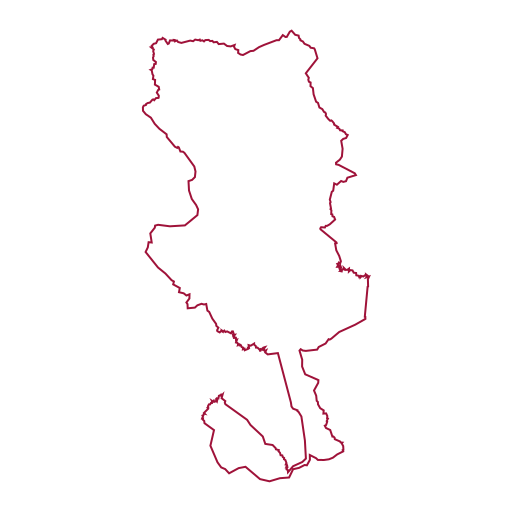 the district of Na Wang, Nong Bua Lam Phu, Thailand
{"feature_id": "78962969B46616505195468", "entity_name": "Na Wang", "entity_type": "district", "adm_level": 2, "iso_a3": "THA", "parent_name": "Thailand", "parent_adm1": "Nong Bua Lam Phu", "projection": "albers", "projection_center": [102.064, 17.314], "detail": "fine", "context": "isolated", "style": "outline", "palette": "rose", "viewbox_px": 512, "rotation_deg": 0, "n_neighbors": 0, "source": "geoboundaries", "source_scale": "gbopen_adm2", "svg_char_len": 6021}
<svg xmlns="http://www.w3.org/2000/svg" viewBox="0 0 512 512"><path d="M229.1,473.3L238.7,468.1L245.5,466.8L260.0,479.1L269.5,481.3L279.9,478.2L289.1,477.5L293.1,469.2L299.0,467.9L304.6,465.0L306.9,465.3L309.9,459.8L309.8,455.0L316.1,458.2L317.8,459.9L323.9,460.0L328.9,459.3L332.9,457.7L337.2,454.4L343.2,451.4L342.7,450.1L343.4,449.8L343.2,446.1L341.7,443.3L342.3,442.6L340.6,442.4L340.1,441.5L334.8,439.2L334.6,437.7L333.4,436.5L332.4,436.6L330.2,430.0L326.0,428.0L324.8,425.7L326.1,425.0L327.2,421.7L326.7,421.1L327.9,418.6L327.1,418.3L327.3,416.0L326.1,413.4L323.4,413.6L323.7,410.4L320.2,408.2L318.0,404.3L317.9,402.0L316.7,400.8L316.2,395.7L314.0,390.5L318.2,382.9L318.4,380.1L305.2,374.3L302.1,366.5L302.2,359.7L299.5,350.6L300.7,349.2L302.7,350.5L305.8,350.9L317.2,349.6L318.7,347.0L325.6,343.5L328.6,339.2L329.7,339.6L331.4,338.6L339.2,332.0L355.2,324.7L365.4,318.9L365.3,316.8L364.8,316.7L367.6,286.8L368.1,286.5L367.9,279.2L369.1,276.5L366.6,277.3L367.8,275.8L366.0,274.4L366.1,275.9L365.1,275.2L363.3,276.5L361.7,276.0L360.3,277.5L360.1,276.3L359.2,277.0L358.8,275.8L356.3,275.3L356.1,273.0L353.7,272.7L352.5,270.4L350.4,270.1L348.9,271.5L349.0,268.6L347.2,269.9L345.8,269.8L343.9,267.9L344.2,269.5L343.1,269.0L342.0,269.9L341.7,271.4L340.4,271.1L341.5,270.4L341.0,269.2L339.8,269.4L339.4,268.2L341.0,267.4L340.1,265.0L339.2,265.5L339.4,266.7L337.2,266.8L338.1,265.2L337.4,264.0L338.2,263.9L338.8,262.5L340.2,263.2L340.9,261.3L339.2,255.9L336.3,250.3L335.1,243.5L336.6,243.2L336.5,242.5L320.5,229.3L320.3,228.4L321.1,227.2L324.9,227.5L325.7,225.9L327.0,225.9L329.8,224.3L335.1,219.5L334.1,216.9L332.5,216.3L332.3,214.4L331.2,214.1L331.4,210.3L330.5,209.1L331.0,208.5L330.0,203.1L330.6,202.1L329.8,199.7L331.8,191.8L333.2,190.7L334.2,183.4L336.9,184.7L341.1,181.0L343.3,181.9L346.0,181.2L347.4,177.7L355.9,175.1L354.8,173.3L338.7,164.9L336.1,164.3L336.0,162.7L339.8,159.7L341.9,156.6L342.6,148.8L341.2,140.8L343.2,138.9L346.1,138.0L347.7,135.0L345.9,134.2L344.8,132.2L342.6,131.2L342.6,130.4L340.1,130.3L339.3,128.7L337.2,127.9L337.9,126.9L334.1,124.6L334.1,123.5L332.2,121.1L331.3,120.4L330.2,120.8L328.4,119.1L325.7,115.7L326.0,114.0L325.3,112.5L324.0,111.9L322.3,109.1L319.4,107.5L318.0,102.9L316.1,101.7L313.6,94.3L312.9,88.1L310.5,86.2L310.6,82.5L308.9,81.7L308.3,79.7L308.8,77.8L305.8,73.3L317.5,58.3L314.8,49.4L314.1,48.3L310.6,47.7L309.4,45.9L304.5,43.8L302.9,41.5L300.4,40.3L300.4,39.4L299.0,37.9L298.6,35.6L295.2,34.8L291.6,30.7L289.8,31.7L286.8,36.9L285.5,37.0L282.8,35.1L279.0,40.2L276.5,40.2L264.1,44.9L259.1,47.1L253.5,50.8L250.4,51.1L243.0,55.0L240.5,54.5L238.1,52.9L238.3,50.1L235.3,49.1L234.0,46.7L234.6,45.0L230.7,46.4L227.1,46.0L223.9,43.6L218.7,44.1L216.9,41.9L213.6,42.3L212.4,40.9L210.1,41.1L208.7,39.9L205.3,40.1L204.0,41.4L202.4,40.3L200.3,40.8L199.8,39.6L198.2,40.2L195.2,39.6L193.1,41.2L190.2,40.6L181.4,42.9L178.1,42.0L176.9,40.5L175.0,41.3L174.8,40.0L173.6,39.9L173.6,40.6L170.0,40.4L168.8,43.5L167.8,44.0L165.4,40.5L165.6,39.7L162.6,37.9L161.9,39.2L157.9,39.6L156.1,43.2L153.7,43.8L151.7,45.9L152.4,47.1L151.1,47.3L153.8,49.5L153.2,51.1L154.0,54.0L153.3,54.9L153.7,56.0L153.0,57.6L153.3,60.0L155.9,62.0L155.7,63.9L154.2,64.1L153.7,67.7L152.6,67.7L152.3,69.2L150.8,69.8L151.7,70.3L152.5,74.3L153.4,75.7L152.9,79.1L155.1,79.9L154.9,84.6L158.7,86.8L159.2,89.5L158.2,89.9L156.8,92.6L158.8,95.7L158.7,97.3L158.5,97.9L156.0,98.1L154.2,100.2L153.4,99.4L152.5,99.6L149.9,102.6L147.8,103.0L146.1,104.0L145.9,105.0L143.7,105.7L142.9,107.3L143.0,110.8L145.8,114.2L150.9,117.7L154.7,123.8L159.4,128.8L166.6,134.3L166.8,137.0L174.9,146.7L177.2,147.9L178.0,146.9L178.8,147.4L180.4,151.5L182.9,151.7L184.4,152.8L194.3,166.5L195.5,171.5L194.9,177.1L192.1,179.9L188.5,181.1L189.0,190.5L191.8,199.0L196.1,205.0L198.1,209.3L197.4,215.1L184.9,225.4L169.9,226.3L158.1,224.8L155.1,225.6L154.8,227.7L150.3,233.4L151.7,242.5L148.6,242.2L147.8,247.4L145.6,252.0L158.0,267.5L165.4,273.5L171.6,280.2L173.9,281.5L173.2,284.4L179.8,288.0L179.0,292.2L183.7,293.3L186.4,295.5L189.5,294.3L189.4,298.5L186.4,302.5L187.5,304.1L187.7,308.3L194.9,307.6L197.4,305.3L201.5,303.8L204.0,304.5L206.2,304.0L207.4,310.6L209.2,311.9L212.3,318.6L216.1,323.9L216.3,325.8L218.4,327.7L217.1,330.2L217.4,331.2L219.7,332.4L221.1,330.9L222.2,331.5L221.9,330.5L223.4,331.5L224.3,330.6L225.4,332.0L227.1,331.4L230.9,333.3L232.0,331.4L232.9,331.4L234.0,334.8L234.9,334.7L234.0,335.9L233.1,335.3L233.3,336.6L234.3,336.8L234.1,337.9L235.9,337.8L236.0,340.1L237.0,339.7L236.0,342.5L237.4,342.9L238.1,343.9L237.9,345.0L239.2,344.2L240.3,344.8L240.0,345.5L241.1,345.6L241.6,347.0L243.1,347.6L242.9,349.3L244.5,348.7L244.8,350.2L248.2,348.8L248.0,347.8L249.0,347.9L248.6,345.1L250.7,345.7L254.1,343.6L254.1,344.6L255.8,346.1L256.0,347.6L257.5,347.6L259.7,349.8L260.3,351.5L260.7,349.1L261.6,349.4L262.2,348.7L262.5,349.8L263.4,349.8L264.0,347.4L265.0,347.1L264.0,348.5L264.2,350.5L264.8,351.0L266.1,350.3L265.2,352.4L267.7,354.4L277.9,353.1L290.9,402.4L291.5,406.5L293.1,408.7L297.5,410.3L297.5,411.2L298.5,411.8L301.4,416.5L304.9,440.5L305.9,458.6L302.3,462.0L293.1,466.2L288.0,472.2L287.8,470.0L286.6,469.4L286.9,468.2L286.3,467.9L287.2,467.2L286.4,466.8L286.5,466.0L287.1,465.6L286.6,464.1L285.9,464.2L286.4,462.9L285.4,460.1L284.0,459.2L284.1,457.9L282.8,457.1L282.3,455.4L280.6,455.2L280.0,452.8L278.5,451.2L278.8,450.1L275.9,449.3L275.7,448.2L272.6,445.0L265.3,443.9L262.8,436.5L250.5,425.0L247.1,419.8L225.4,404.2L224.8,402.7L225.3,401.1L221.6,398.2L222.6,394.5L221.6,395.5L221.2,394.9L220.9,395.6L220.5,395.1L218.9,395.8L218.4,398.5L216.8,398.3L216.3,399.6L217.2,400.2L216.9,401.5L216.2,400.6L216.2,401.2L214.3,401.8L213.8,400.6L212.9,401.5L212.0,400.9L212.4,401.7L211.9,401.7L211.9,403.0L210.9,403.0L210.1,404.4L208.9,404.4L208.0,406.1L208.3,407.1L207.5,407.7L208.2,408.7L204.0,412.9L204.7,413.7L203.9,413.5L203.4,415.3L202.6,415.6L203.0,416.2L202.1,418.5L203.0,418.5L202.8,419.6L204.2,420.9L204.5,423.2L214.0,430.1L210.4,445.7L217.5,462.3L221.2,467.4L225.2,469.1L229.1,473.3Z" fill="none" stroke="#9f1239" stroke-width="2"/></svg>